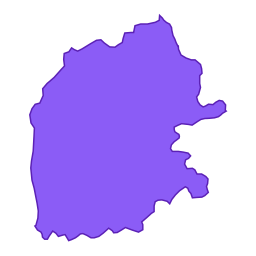 outline of Astravyets, Grodno, Belarus
{"feature_id": "67162791B54270193950847", "entity_name": "Astravyets", "entity_type": "district", "adm_level": 2, "iso_a3": "BLR", "parent_name": "Belarus", "parent_adm1": "Grodno", "projection": "mercator", "projection_center": [26.135, 54.766], "detail": "fine", "context": "isolated", "style": "filled", "palette": "violet", "viewbox_px": 256, "rotation_deg": 0, "n_neighbors": 0, "source": "geoboundaries", "source_scale": "gbopen_adm2", "svg_char_len": 2228}
<svg xmlns="http://www.w3.org/2000/svg" viewBox="0 0 256 256"><path d="M226.2,111.1L225.3,110.3L225.6,104.9L222.6,101.1L219.2,100.4L215.7,102.3L213.0,104.6L208.5,104.2L205.4,106.1L203.1,106.9L200.1,104.9L197.8,101.5L196.6,96.9L198.6,94.3L200.5,87.4L199.7,83.6L199.7,79.4L199.7,75.6L202.0,73.3L201.6,68.7L200.5,64.5L195.1,59.9L191.3,59.9L186.0,58.0L181.0,55.0L178.5,49.2L178.3,46.1L177.9,46.2L176.0,42.4L174.9,39.3L173.0,35.5L171.8,30.2L171.5,27.5L169.6,24.1L166.5,22.5L163.8,20.2L162.3,18.0L159.6,15.4L159.2,20.3L155.3,22.3L147.5,24.0L140.7,24.0L135.0,25.7L133.6,32.5L130.9,32.5L124.8,33.0L123.1,38.6L122.3,42.5L118.4,44.7L115.0,47.2L109.7,46.9L104.3,43.0L100.9,39.8L96.5,40.3L90.6,43.7L82.1,48.9L77.7,51.1L74.2,49.6L71.6,47.9L68.9,51.8L64.2,53.5L63.7,59.4L64.5,66.0L61.3,69.4L54.2,77.4L47.1,83.5L42.7,88.7L43.2,95.5L39.8,103.1L35.2,104.3L32.0,108.7L29.8,114.8L31.0,122.9L34.4,128.0L34.0,136.5L33.2,151.2L31.5,161.0L30.8,168.0L32.0,180.2L34.2,188.3L35.7,196.1L37.1,203.2L38.3,211.0L37.9,218.1L35.9,225.4L34.9,226.0L37.5,230.0L41.0,232.1L42.1,234.3L42.5,237.1L44.6,239.2L47.4,239.2L49.2,236.0L52.7,231.1L55.9,233.2L58.4,236.4L63.0,235.0L65.1,234.6L67.3,238.2L68.7,240.6L71.5,239.6L75.4,237.8L77.9,236.0L80.4,233.9L82.9,233.6L86.8,235.3L91.0,237.8L94.2,237.8L98.8,236.4L103.1,233.2L108.7,228.2L112.3,230.7L113.7,232.8L117.2,232.5L120.8,230.4L125.4,227.5L132.1,230.0L138.5,232.1L142.8,229.7L142.8,224.7L141.7,221.9L146.7,217.6L151.3,213.4L154.1,211.6L154.1,205.9L155.2,201.7L158.0,200.2L161.9,199.9L167.2,201.3L169.7,203.8L171.8,199.5L175.4,194.9L179.6,190.7L185.3,186.8L187.8,188.2L188.8,191.0L190.9,193.5L192.4,197.8L197.0,197.4L201.9,197.1L204.8,195.6L208.3,192.4L207.3,189.6L206.5,186.4L207.6,183.6L208.0,179.0L205.8,176.5L201.6,174.0L197.0,174.0L194.8,169.8L192.4,168.3L187.1,168.7L184.6,164.1L185.6,159.8L188.5,158.4L190.6,155.9L188.1,153.1L183.2,152.1L178.2,151.4L172.3,151.4L170.5,148.7L171.4,144.8L174.2,141.7L176.4,140.1L179.1,138.0L179.4,136.2L178.9,134.4L176.6,133.0L174.8,131.7L174.2,129.4L174.2,127.1L177.8,125.3L181.6,123.7L188.4,124.4L192.1,125.1L197.5,121.5L200.9,119.4L204.8,118.5L209.1,118.3L214.5,117.8L218.4,116.7L220.6,115.1L222.5,113.3L226.2,111.1Z" fill="#8b5cf6" stroke="#5b21b6" stroke-width="1.5"/></svg>